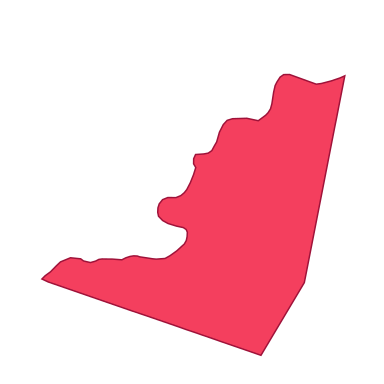 the district of Magalhães de Almeida, Maranhão, Brazil, rotated 192°
{"feature_id": "56859067B91112752221469", "entity_name": "Magalhães de Almeida", "entity_type": "district", "adm_level": 2, "iso_a3": "BRA", "parent_name": "Brazil", "parent_adm1": "Maranhão", "projection": "equal_earth", "projection_center": [-42.134, -3.322], "detail": "fine", "context": "isolated", "style": "filled", "palette": "rose", "viewbox_px": 384, "rotation_deg": 192, "n_neighbors": 0, "source": "geoboundaries", "source_scale": "gbopen_adm2", "svg_char_len": 1306}
<svg xmlns="http://www.w3.org/2000/svg" viewBox="0 0 384 384"><g transform="rotate(192 192 192)"><path d="M90.6,46.6L63.3,126.7L63.4,134.1L64.8,220.6L65.0,232.5L65.9,285.5L66.0,294.9L66.7,337.4L71.0,334.3L78.9,329.6L88.1,325.0L92.9,323.3L121.0,327.2L126.7,325.9L129.7,322.7L131.8,317.2L132.8,313.4L132.9,306.6L132.2,294.9L132.5,289.6L134.1,285.3L135.9,282.4L142.0,275.5L153.7,275.5L167.6,272.1L172.5,269.4L175.4,264.5L177.6,256.2L178.0,250.1L178.3,246.0L179.6,242.1L181.2,236.6L184.2,233.4L188.3,231.7L196.3,229.4L197.3,224.9L196.3,219.9L193.4,216.7L194.1,209.2L195.6,200.6L197.6,193.3L199.4,189.7L202.1,186.2L206.5,183.2L214.6,181.5L219.2,178.4L221.6,173.6L222.0,169.4L221.3,165.0L219.7,161.3L214.8,158.0L208.9,156.2L200.1,155.4L193.1,155.4L189.9,154.1L188.2,151.7L187.5,147.2L187.5,143.4L188.7,139.5L190.7,136.8L194.7,131.2L200.4,125.0L204.5,121.4L213.0,118.9L216.4,118.5L224.9,118.0L229.6,117.7L232.2,118.0L235.8,117.4L239.2,116.1L243.0,113.9L246.5,111.1L256.0,109.8L259.4,109.1L266.0,107.8L269.1,106.7L271.9,104.4L276.6,101.9L279.5,101.9L283.8,102.0L287.0,103.5L297.2,102.4L306.1,96.3L309.2,91.8L313.9,84.4L318.2,79.6L320.7,75.7L313.9,74.1L225.2,63.1L213.7,61.8L176.1,57.2L169.5,56.3L157.4,54.9L152.9,54.3L137.4,52.4L132.9,51.8L90.6,46.6Z" fill="#f43f5e" stroke="#9f1239" stroke-width="1.5"/></g></svg>